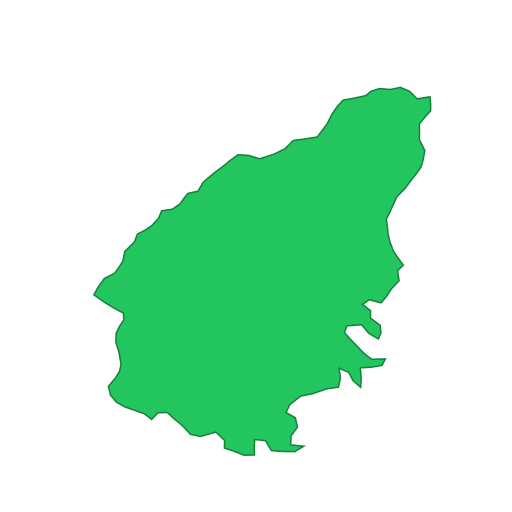 outline of Luzerna, Santa Catarina, Brazil, rotated 103°
{"feature_id": "56859067B78781548032096", "entity_name": "Luzerna", "entity_type": "district", "adm_level": 2, "iso_a3": "BRA", "parent_name": "Brazil", "parent_adm1": "Santa Catarina", "projection": "equal_earth", "projection_center": [-51.505, -27.095], "detail": "fine", "context": "isolated", "style": "filled", "palette": "green", "viewbox_px": 512, "rotation_deg": 103, "n_neighbors": 0, "source": "geoboundaries", "source_scale": "gbopen_adm2", "svg_char_len": 1882}
<svg xmlns="http://www.w3.org/2000/svg" viewBox="0 0 512 512"><g transform="rotate(103 256 256)"><path d="M61.7,122.3L66.6,134.4L61.0,143.3L59.2,153.2L63.5,162.5L65.1,173.3L69.4,180.8L75.0,185.1L79.9,195.4L84.5,206.2L91.9,210.4L100.9,214.0L111.2,216.4L118.6,219.7L126.2,223.0L130.9,234.6L135.0,245.6L145.1,252.0L153.1,261.9L160.5,274.5L159.6,285.4L161.3,296.2L169.7,303.5L176.6,308.8L184.8,315.7L196.0,324.1L205.9,327.1L210.4,336.6L216.4,339.3L222.7,342.0L229.2,348.1L233.2,358.1L241.0,359.4L250.0,364.5L256.0,370.2L261.2,376.4L269.9,377.7L280.9,384.8L291.0,384.6L297.7,387.0L304.6,389.9L312.0,398.7L322.3,403.0L330.3,405.2L335.2,393.2L338.7,382.8L341.5,372.2L348.1,370.5L354.9,373.1L362.8,374.9L371.6,373.1L380.7,367.8L391.7,363.2L399.0,363.0L406.7,365.6L416.1,370.5L424.3,366.5L429.9,359.0L432.6,349.5L433.7,339.1L434.8,329.4L438.7,320.9L430.9,316.3L428.4,307.3L432.7,299.9L437.8,289.6L444.5,279.8L444.3,269.5L436.6,255.5L442.8,245.1L450.2,243.6L451.2,233.4L452.8,223.0L450.2,212.7L443.5,214.6L435.1,216.0L433.8,205.2L442.2,197.2L440.5,186.1L437.9,174.2L430.6,166.7L432.3,179.8L423.3,181.3L413.4,177.1L404.7,181.3L401.8,191.5L393.3,189.7L382.3,180.8L377.3,169.6L369.6,157.4L365.3,146.2L355.9,146.2L346.7,149.9L348.5,139.5L355.6,133.4L360.4,124.5L351.4,126.0L341.5,129.2L338.4,118.5L334.2,108.6L327.2,106.8L330.6,120.3L326.5,128.9L321.2,137.1L316.0,145.1L310.7,152.6L303.6,151.7L299.2,137.6L306.0,128.7L309.3,118.1L302.9,117.0L295.6,119.4L290.7,130.5L283.6,132.0L279.1,141.3L273.2,135.8L273.5,123.6L266.4,119.9L257.4,116.6L247.9,111.0L238.5,114.8L231.8,110.4L226.1,117.0L220.5,123.0L212.8,128.3L205.0,132.2L198.5,134.4L190.7,137.3L182.4,135.3L175.0,133.8L166.5,132.0L156.7,126.0L146.3,121.4L138.9,117.9L132.2,115.2L125.1,114.8L115.3,115.2L105.8,123.0L98.9,124.5L90.4,126.5L81.6,122.1L75.4,118.5L69.1,119.9L61.7,122.3Z" fill="#22c55e" stroke="#15803d" stroke-width="1.5"/></g></svg>